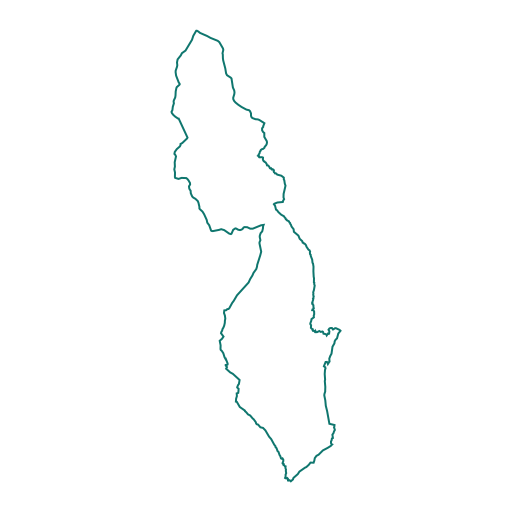 the district of Paipa, Boyacá, Colombia
{"feature_id": "7082276B8321957646426", "entity_name": "Paipa", "entity_type": "district", "adm_level": 2, "iso_a3": "COL", "parent_name": "Colombia", "parent_adm1": "Boyacá", "projection": "equal_earth", "projection_center": [-73.118, 5.831], "detail": "fine", "context": "isolated", "style": "outline", "palette": "teal", "viewbox_px": 512, "rotation_deg": 0, "n_neighbors": 0, "source": "geoboundaries", "source_scale": "gbopen_adm2", "svg_char_len": 6080}
<svg xmlns="http://www.w3.org/2000/svg" viewBox="0 0 512 512"><path d="M219.3,42.1L217.7,40.8L210.5,37.9L207.3,36.1L200.0,32.9L198.3,31.5L196.8,30.7L196.2,30.8L193.3,35.8L192.0,39.8L185.5,50.6L181.9,53.2L180.8,55.4L177.6,59.4L177.0,62.5L177.3,65.2L177.0,66.8L175.7,70.6L175.6,72.1L176.1,75.6L178.7,82.4L179.6,83.7L179.7,84.3L179.4,84.8L176.8,87.1L176.4,88.0L175.7,91.4L175.5,95.6L175.2,97.5L173.8,100.5L173.6,101.7L173.9,103.3L172.8,106.8L172.4,110.1L171.5,111.9L171.9,113.1L173.3,114.9L175.3,116.7L178.1,118.6L178.7,118.6L187.5,137.6L187.1,138.4L182.3,143.0L180.5,144.0L180.5,145.1L179.9,146.4L176.8,149.1L174.8,151.9L174.4,153.9L175.2,154.7L176.0,156.4L174.7,162.2L174.9,166.6L174.3,169.3L175.0,172.5L174.9,177.0L175.2,177.9L178.5,178.9L181.6,177.9L186.3,178.1L187.4,179.0L188.5,180.4L190.0,183.0L190.1,184.5L189.0,186.3L189.2,188.2L189.6,189.3L190.6,190.7L190.8,193.3L192.2,196.5L193.3,197.6L195.4,198.8L197.8,201.1L198.5,202.9L199.4,206.8L199.4,208.4L199.7,209.0L202.5,211.6L204.1,214.2L206.7,219.9L207.3,222.7L209.2,225.2L211.1,230.6L211.8,231.0L212.9,231.1L219.0,229.9L221.2,229.2L224.2,230.1L229.2,233.6L230.9,234.1L231.5,233.7L233.2,229.8L235.3,228.4L236.3,228.6L238.1,229.7L240.0,230.1L241.6,229.6L242.7,228.8L243.5,227.6L244.4,227.1L247.2,227.2L250.3,228.7L252.7,228.7L261.0,225.3L263.6,224.9L263.1,226.2L262.9,228.6L262.2,231.4L260.6,233.2L259.8,235.7L259.7,236.9L260.4,240.2L259.5,242.3L259.5,243.5L261.2,251.7L260.2,255.5L257.2,264.9L257.0,266.7L256.3,269.0L253.5,272.9L252.4,275.5L250.2,279.0L248.6,282.5L237.0,295.3L233.7,300.9L232.2,302.9L229.3,308.2L228.5,309.0L227.3,309.1L226.2,310.2L224.3,310.4L224.0,313.0L224.9,315.6L225.3,318.6L224.9,320.7L224.8,322.9L224.2,325.6L223.4,327.6L222.5,329.1L222.1,330.8L221.5,331.6L221.0,333.2L223.5,336.6L222.0,338.8L219.7,340.8L220.6,345.3L220.5,349.1L220.8,350.0L221.8,350.9L223.3,353.2L224.5,357.1L225.7,359.3L225.9,359.1L227.4,362.9L227.7,364.0L227.4,364.7L225.7,365.0L225.7,365.5L227.0,367.1L226.1,368.7L230.2,372.4L232.8,373.8L239.6,380.0L238.9,384.0L238.1,385.0L237.2,387.2L237.2,387.5L238.6,388.8L238.4,391.7L238.2,392.9L236.7,393.4L236.9,396.1L236.1,398.7L235.9,401.6L236.8,401.8L239.8,407.0L244.9,410.6L245.0,411.2L246.2,412.2L248.0,414.4L250.2,415.5L252.7,418.5L253.6,419.2L255.8,422.2L256.1,423.4L256.7,424.2L258.1,424.6L260.4,427.3L263.0,427.9L265.4,430.4L269.1,436.7L271.2,439.1L274.3,444.8L275.4,446.1L275.6,447.3L276.3,447.8L276.7,448.6L277.5,451.0L278.5,451.9L279.6,455.1L280.3,456.1L281.0,458.4L281.9,458.8L282.5,458.4L283.3,459.7L283.3,461.1L282.5,463.2L282.7,463.6L283.5,463.8L283.4,464.5L283.5,464.9L283.9,464.8L284.8,466.2L285.6,466.4L285.4,467.9L286.0,469.7L285.8,470.8L286.2,473.2L285.6,474.6L285.6,476.5L284.8,478.7L285.8,477.8L286.6,478.4L287.2,478.0L287.9,478.7L288.0,480.5L288.6,480.6L289.6,480.2L290.8,481.3L293.0,479.4L293.3,478.2L293.8,477.6L297.8,474.1L299.4,471.6L305.1,467.6L306.3,467.1L308.8,464.8L310.5,462.6L313.6,462.7L314.3,460.7L314.8,458.1L316.5,455.8L318.6,454.7L322.9,450.4L327.8,447.8L330.8,445.9L332.1,444.5L331.6,444.3L331.0,443.1L331.0,441.4L331.6,440.4L331.9,438.5L332.9,438.0L332.4,434.7L333.5,433.1L334.0,431.4L334.8,430.1L334.8,429.6L334.0,427.3L334.3,426.8L334.5,425.0L329.4,423.8L327.1,411.0L325.8,405.8L325.3,400.4L324.3,395.4L324.4,394.1L325.2,391.5L325.2,390.4L325.3,386.9L324.8,381.0L325.1,379.7L324.7,374.0L325.0,369.9L325.5,368.4L325.2,367.7L325.3,367.3L323.9,366.3L325.6,362.0L326.9,361.9L327.4,362.5L327.9,364.0L329.1,362.1L329.3,361.2L329.5,361.2L329.3,358.6L330.3,355.9L331.5,353.7L332.5,346.7L334.4,343.4L334.7,341.3L335.6,339.7L337.0,338.4L338.3,333.5L340.5,330.8L339.6,329.9L335.9,328.2L335.1,328.2L333.0,329.5L331.9,328.0L330.2,328.1L329.3,328.6L328.5,329.8L329.4,331.3L329.1,333.7L328.6,333.9L327.9,333.6L326.7,335.4L326.3,334.5L325.6,334.1L323.5,333.7L323.0,331.9L322.5,331.5L320.7,331.9L319.3,331.0L317.2,332.1L316.1,332.2L315.6,331.3L315.4,332.1L315.1,332.1L314.2,330.9L313.0,330.9L312.6,330.2L312.8,329.3L311.8,328.8L310.9,327.8L311.1,325.2L310.4,324.3L310.3,323.4L311.3,320.6L311.5,319.1L313.9,317.3L313.7,315.9L314.2,314.2L314.1,311.4L313.3,310.1L312.3,310.1L312.5,309.4L313.3,309.1L313.8,308.2L313.5,307.9L313.4,305.2L312.7,304.4L312.6,303.4L312.2,303.5L312.1,302.9L313.1,300.0L313.2,299.1L313.0,298.7L313.5,298.1L313.4,297.0L313.7,296.5L313.2,294.8L313.4,293.7L313.2,292.3L313.9,290.1L314.7,285.6L314.2,284.0L314.3,282.7L313.9,282.4L314.0,278.2L313.7,276.9L313.4,271.3L313.5,266.7L313.0,263.5L312.5,262.8L312.2,259.7L310.7,255.8L310.7,254.8L310.0,254.0L309.9,252.3L310.1,251.6L309.5,250.3L308.5,249.7L306.4,246.6L306.1,245.4L305.3,244.3L304.8,243.8L304.2,243.7L303.5,242.8L302.7,242.7L302.2,241.1L299.7,238.8L298.4,235.6L293.9,231.8L293.6,229.2L291.5,226.5L291.0,224.9L290.3,224.0L290.1,223.0L289.5,222.6L288.9,221.3L286.9,220.3L286.5,219.5L285.8,219.3L285.5,218.2L284.7,217.5L284.0,216.3L281.2,214.7L278.4,212.1L277.0,210.2L276.0,209.6L275.1,205.9L273.9,204.2L274.4,203.7L277.4,202.5L282.8,202.0L283.2,200.5L284.1,199.2L283.5,197.4L283.6,193.9L285.5,185.7L284.8,183.6L284.3,180.3L283.8,179.4L283.8,177.6L281.3,175.7L277.2,174.6L276.2,173.5L275.0,173.4L274.6,172.6L273.9,172.1L273.6,170.9L273.9,170.5L273.6,169.8L272.6,169.2L271.9,169.5L271.0,168.2L270.4,168.5L269.9,168.2L269.1,166.5L267.8,165.3L267.0,165.3L266.6,163.9L265.6,162.4L264.6,161.9L264.4,161.4L263.7,161.2L262.9,159.7L263.0,157.6L262.0,157.2L259.5,157.3L259.2,156.5L258.8,156.6L258.7,156.3L258.0,155.8L258.6,155.2L258.6,154.6L259.5,153.4L259.9,151.5L260.6,150.8L260.8,150.0L261.9,149.2L263.1,148.9L264.4,147.8L264.7,146.8L266.1,145.2L266.6,144.3L267.0,142.6L266.8,141.2L264.3,136.9L264.3,133.0L263.1,132.0L262.1,130.3L262.1,128.3L263.2,126.9L263.2,126.2L264.4,123.2L259.2,119.9L257.8,119.4L255.4,119.2L252.3,118.0L251.3,116.8L251.0,115.6L251.0,113.4L250.0,111.1L249.0,110.2L246.4,109.6L241.6,107.0L238.2,104.7L235.5,102.5L234.1,100.9L233.3,99.2L233.2,97.8L234.3,94.1L234.5,92.3L234.2,90.4L232.9,87.5L231.5,78.5L230.8,77.7L227.0,75.2L226.1,73.4L225.3,68.5L223.2,60.4L222.9,58.2L222.8,54.5L222.5,53.3L223.3,49.9L223.0,48.5L219.3,42.1Z" fill="none" stroke="#0f766e" stroke-width="2"/></svg>